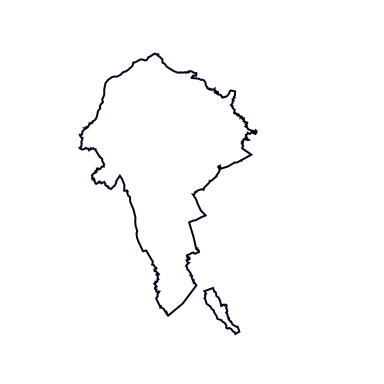 the district of Karanganyar, Jawa Tengah, Indonesia, rotated 233°
{"feature_id": "22746128B38192287274107", "entity_name": "Karanganyar", "entity_type": "district", "adm_level": 2, "iso_a3": "IDN", "parent_name": "Indonesia", "parent_adm1": "Jawa Tengah", "projection": "mercator", "projection_center": [110.98, -7.62], "detail": "fine", "context": "isolated", "style": "outline", "palette": "ink", "viewbox_px": 384, "rotation_deg": 233, "n_neighbors": 0, "source": "geoboundaries", "source_scale": "gbopen_adm2", "svg_char_len": 6076}
<svg xmlns="http://www.w3.org/2000/svg" viewBox="0 0 384 384"><g transform="rotate(233 192 192)"><path d="M108.5,117.5L114.8,139.3L118.1,139.4L118.3,138.7L120.5,140.2L120.6,139.4L124.5,140.6L125.1,141.6L126.4,140.6L127.4,141.9L132.2,142.1L132.8,141.7L136.1,143.2L136.5,142.8L137.1,144.0L137.3,146.8L138.1,146.2L140.9,146.6L140.7,147.6L140.1,147.7L140.0,149.9L141.3,150.4L141.7,149.6L142.5,149.7L142.5,149.0L144.1,149.4L144.5,150.0L143.6,153.0L143.5,155.5L142.8,156.7L141.7,156.6L140.8,157.5L139.9,161.5L140.4,161.8L141.3,162.1L141.9,161.7L142.3,162.0L142.7,161.4L143.8,162.2L144.2,161.2L155.0,166.1L169.5,171.4L168.5,175.5L167.2,178.1L166.2,184.5L165.2,188.3L165.0,188.8L164.1,189.0L171.8,187.9L179.6,189.5L183.4,190.8L189.3,191.3L188.5,192.0L190.0,194.3L190.0,195.0L189.4,195.6L189.9,196.5L189.7,197.6L188.2,201.8L186.8,202.4L188.1,204.5L189.1,211.5L190.2,212.7L189.5,213.1L189.4,214.9L189.8,221.2L190.4,221.4L191.6,225.2L193.0,227.6L196.0,227.9L196.6,228.7L196.3,229.2L197.1,229.5L195.9,229.4L195.9,228.6L195.4,228.9L195.6,229.6L194.4,228.8L194.0,229.5L193.7,229.4L193.4,229.0L193.3,228.9L193.3,229.0L190.8,235.9L189.9,243.7L188.4,245.9L186.1,261.8L196.6,258.4L197.0,258.4L197.9,260.6L199.5,260.7L199.9,261.4L200.8,261.1L201.2,262.7L202.1,262.3L202.2,263.9L203.0,264.6L202.8,266.1L202.1,266.3L202.5,266.8L200.1,267.6L199.6,268.6L200.5,268.3L204.0,268.5L204.0,269.1L205.3,269.5L204.9,271.9L205.4,272.2L203.6,273.0L203.8,275.7L200.2,277.5L200.8,279.2L201.8,280.2L202.2,280.1L201.6,279.8L202.0,279.4L201.6,278.8L202.2,278.1L202.7,278.8L203.2,277.7L204.4,277.5L204.5,276.7L208.6,274.6L210.4,274.9L212.1,274.2L212.1,275.8L213.5,275.7L213.8,277.7L214.6,277.7L214.8,277.1L215.8,276.8L215.8,276.2L216.8,276.4L217.5,275.8L218.4,276.8L219.3,276.6L219.3,277.6L219.7,277.8L220.5,276.8L221.8,276.9L221.6,276.1L222.4,276.3L222.4,275.6L223.2,276.4L225.2,274.9L225.6,275.6L226.1,274.9L226.8,275.2L226.8,274.5L227.6,274.6L228.9,273.5L229.3,274.0L230.0,273.3L231.8,275.5L234.3,275.1L235.8,275.4L236.0,276.0L238.0,275.4L238.3,277.5L239.9,278.9L239.9,280.2L241.6,280.2L241.6,282.7L242.8,282.8L243.1,284.2L246.4,287.0L249.7,284.1L249.7,283.0L248.3,280.8L247.5,277.8L247.8,275.7L248.2,275.6L249.0,273.2L249.9,273.5L250.1,273.1L252.4,273.3L254.3,271.5L255.3,272.2L255.1,271.3L255.8,271.2L256.4,271.9L256.9,270.7L257.4,271.4L258.0,270.9L257.8,271.9L259.5,271.3L260.5,272.0L260.3,271.2L261.0,271.1L261.9,268.9L262.8,269.0L263.2,268.0L263.8,268.3L264.1,267.4L264.8,267.5L265.4,266.7L267.2,267.3L268.8,267.2L271.0,268.5L273.8,268.8L275.5,267.8L276.3,266.6L278.4,265.6L283.2,260.4L283.8,260.6L283.5,261.9L284.3,262.9L282.4,265.2L283.2,266.4L284.4,267.0L284.9,265.9L288.6,264.2L289.6,263.3L290.1,262.6L289.5,261.8L289.7,260.9L290.8,260.6L290.8,259.0L292.3,258.0L292.4,257.1L294.0,255.4L294.1,254.6L294.9,254.3L295.7,252.6L299.5,250.2L307.1,247.3L311.0,247.3L313.1,246.3L316.0,248.3L318.0,247.6L319.4,247.7L321.4,246.8L322.2,247.9L323.0,247.1L323.3,246.2L324.7,245.9L325.2,244.2L325.5,239.3L326.0,238.6L324.8,235.9L324.8,234.7L325.4,233.5L327.5,232.3L328.9,230.6L329.7,224.8L330.7,223.1L328.5,220.4L328.0,214.2L328.1,211.9L329.2,209.0L328.6,205.3L329.3,201.4L331.1,199.3L331.9,197.3L332.0,192.5L331.1,188.6L326.8,183.7L322.5,180.4L319.7,175.8L317.3,174.9L317.0,172.3L316.0,170.3L315.6,169.7L314.0,169.1L313.4,165.9L309.5,161.4L308.1,158.9L307.9,156.8L308.2,155.6L307.4,154.2L307.8,154.1L308.0,152.9L307.6,152.1L308.5,151.4L307.6,150.4L306.4,147.5L307.3,147.2L307.5,146.4L306.7,145.8L307.2,145.1L306.7,145.3L306.6,144.5L307.0,144.2L306.5,141.9L306.0,140.5L304.9,139.8L304.1,138.5L304.2,137.3L304.8,137.4L305.2,136.9L303.5,136.4L301.1,136.5L301.0,136.9L300.4,136.4L298.2,133.4L297.1,133.1L294.8,130.7L294.9,128.9L293.7,129.3L293.5,129.0L291.7,130.3L291.0,132.4L291.3,133.6L289.2,134.7L288.8,135.4L287.2,134.9L287.1,136.6L287.7,137.5L286.8,137.7L286.4,139.4L285.2,139.6L284.1,140.7L283.7,140.2L276.5,139.5L275.7,139.8L275.4,139.4L272.5,140.2L270.9,139.0L266.9,138.5L266.3,137.1L265.4,136.9L266.5,135.2L265.6,132.4L266.1,131.6L267.3,131.3L267.1,130.5L267.7,130.1L267.1,129.8L267.0,129.1L266.2,129.1L266.7,127.3L265.4,127.2L266.0,124.8L265.5,122.0L263.8,121.5L263.1,120.6L262.4,121.1L262.0,120.5L261.6,121.8L260.0,121.3L260.0,120.7L256.8,120.1L256.2,120.4L256.4,120.9L255.8,121.9L256.1,122.4L255.6,123.4L256.2,124.1L255.5,124.8L253.5,124.7L253.2,126.8L252.7,127.2L252.8,127.9L250.8,127.8L250.1,127.0L248.7,127.2L247.8,127.6L247.7,128.1L246.1,128.2L245.9,127.7L243.2,129.1L243.7,134.6L245.0,136.9L246.3,138.2L248.4,144.2L244.8,144.0L238.3,142.3L233.9,138.6L232.1,141.1L230.9,140.8L230.8,140.1L230.1,139.7L227.7,138.9L225.2,139.4L221.5,136.8L213.4,134.8L205.9,131.6L202.7,129.0L199.3,126.8L193.6,124.6L192.1,122.6L188.5,120.6L185.1,119.5L174.2,117.2L172.8,120.2L159.6,118.7L158.0,116.5L156.2,117.6L154.8,117.2L152.5,117.8L152.2,117.3L152.7,115.3L151.3,114.5L150.5,115.5L148.6,115.7L147.8,114.5L147.3,115.9L146.2,116.0L146.3,114.0L144.9,113.8L143.4,112.4L142.6,112.6L142.6,111.3L141.4,110.5L141.4,109.6L142.3,108.8L141.5,107.8L141.5,106.8L140.3,107.3L139.4,106.7L137.8,106.9L137.9,104.8L136.8,104.2L135.4,105.0L134.9,104.0L134.2,103.7L132.3,104.3L132.5,105.7L132.2,106.0L130.8,102.5L129.4,101.9L128.7,99.3L121.0,97.8L119.7,98.4L119.5,97.5L118.7,97.0L118.3,98.1L115.5,99.0L112.6,98.6L112.1,99.5L111.4,99.0L110.7,99.2L110.2,98.3L108.6,98.5L108.2,99.1L107.6,98.8L108.5,117.5ZM52.0,145.8L56.9,147.4L57.5,146.4L61.9,144.6L65.0,145.3L65.2,144.7L68.4,144.7L68.9,144.8L68.8,145.5L71.7,145.7L72.5,146.6L75.1,146.7L75.2,148.1L77.8,149.4L78.9,149.3L79.9,151.0L81.1,151.5L81.6,150.0L82.4,150.3L82.8,149.9L83.1,147.7L84.0,147.9L84.1,147.6L83.3,147.3L83.4,146.8L88.3,149.0L91.7,149.7L94.2,148.9L97.4,150.5L98.5,150.4L98.9,149.8L102.7,151.0L105.3,142.2L102.3,142.0L101.9,140.4L99.9,139.3L99.7,138.0L97.9,137.9L93.9,136.4L89.5,137.8L87.0,137.4L84.3,138.1L82.7,137.3L77.9,136.9L75.4,136.0L71.6,138.5L70.5,138.3L67.9,139.2L64.9,139.2L62.9,137.6L61.2,138.5L61.0,140.0L59.0,140.9L56.2,140.8L54.2,141.7L52.5,141.2L52.0,145.8ZM187.6,250.3L186.9,250.3L186.3,250.4L187.6,250.3Z" fill="none" stroke="#020617" stroke-width="2"/></g></svg>